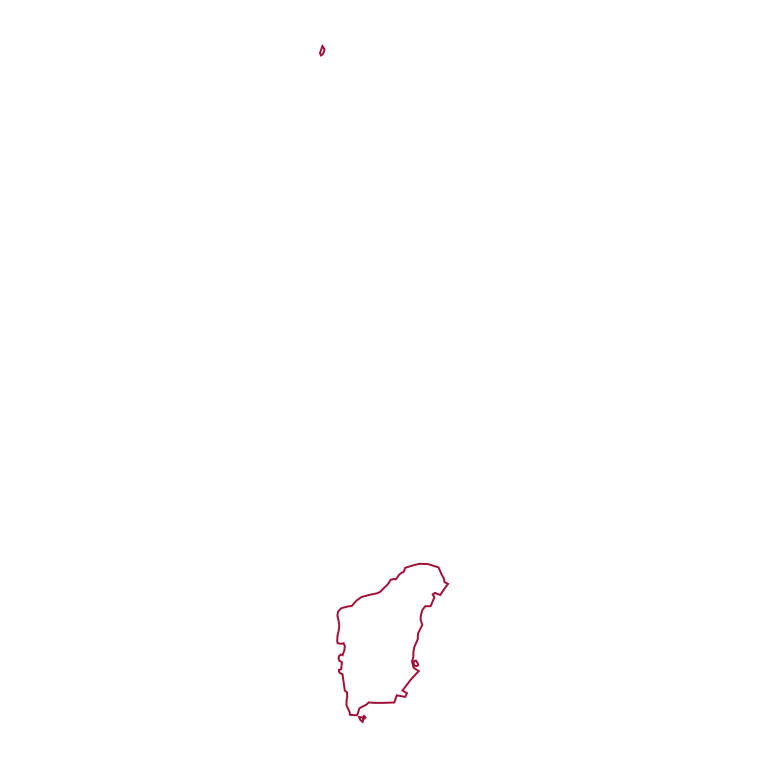 the district of Eot, Federated States of Micronesia
{"feature_id": "79324940B48134733114422", "entity_name": "Eot", "entity_type": "district", "adm_level": 2, "iso_a3": "FSM", "parent_name": "Federated States of Micronesia", "parent_adm1": "", "projection": "orthographic", "projection_center": [151.739, 7.401], "detail": "fine", "context": "isolated", "style": "outline", "palette": "rose", "viewbox_px": 768, "rotation_deg": 0, "n_neighbors": 0, "source": "geoboundaries", "source_scale": "gbopen_adm2", "svg_char_len": 1683}
<svg xmlns="http://www.w3.org/2000/svg" viewBox="0 0 768 768"><path d="M340.8,654.5L339.0,656.2L338.5,658.4L338.9,659.4L339.7,661.1L340.9,661.5L342.0,662.4L341.1,669.3L339.0,669.8L339.0,671.6L340.2,673.2L342.5,674.2L344.8,690.5L347.0,692.4L347.2,696.8L346.7,699.2L346.6,701.2L346.5,705.2L348.3,709.3L349.5,711.7L350.0,714.8L356.1,715.3L357.1,715.0L357.9,713.3L358.2,712.2L358.7,710.6L359.2,708.9L360.3,707.7L366.2,704.8L368.8,702.4L374.6,702.9L382.0,702.9L394.3,702.5L396.8,695.3L405.1,696.9L407.0,693.2L402.5,690.5L410.9,679.5L418.7,671.1L413.6,667.8L412.0,661.3L413.3,657.5L413.4,652.0L414.3,647.1L417.7,639.3L418.0,633.6L419.9,629.6L422.3,624.9L420.7,620.2L420.7,616.4L422.2,610.2L425.3,606.2L430.6,606.2L434.4,597.3L432.7,594.5L434.9,592.9L440.2,595.0L444.4,588.8L448.0,583.9L444.5,582.1L444.0,578.8L441.8,574.8L438.5,567.4L428.1,564.1L419.5,563.8L414.4,565.0L405.2,567.8L403.8,571.8L401.4,572.9L399.0,574.9L395.9,579.3L394.1,579.0L390.6,579.8L389.1,582.4L387.0,585.2L383.4,588.5L380.5,591.6L377.4,593.2L369.4,594.9L361.5,597.0L356.8,600.3L351.6,606.1L349.3,606.2L342.9,607.7L341.1,608.4L338.3,611.3L337.7,613.5L337.4,615.9L338.4,619.5L339.3,625.8L338.4,632.2L337.5,635.6L337.2,641.5L337.7,643.2L340.0,643.7L342.5,643.6L343.6,643.2L344.0,644.5L344.8,645.6L344.5,649.7L342.6,655.2L340.8,654.5ZM324.5,49.3L322.4,46.1L320.0,53.1L321.0,55.4L322.7,54.3L323.9,52.0L324.5,49.3ZM414.1,661.2L413.6,662.6L414.1,664.7L414.4,665.9L417.1,666.0L418.1,665.0L417.9,663.7L416.0,660.6L414.9,660.8L414.1,661.2ZM361.7,717.3L359.1,717.0L359.9,719.1L360.4,720.0L362.6,721.9L363.4,718.8L364.7,718.6L365.5,717.4L364.0,715.8L362.4,718.0L361.7,717.3Z" fill="none" stroke="#9f1239" stroke-width="2"/></svg>